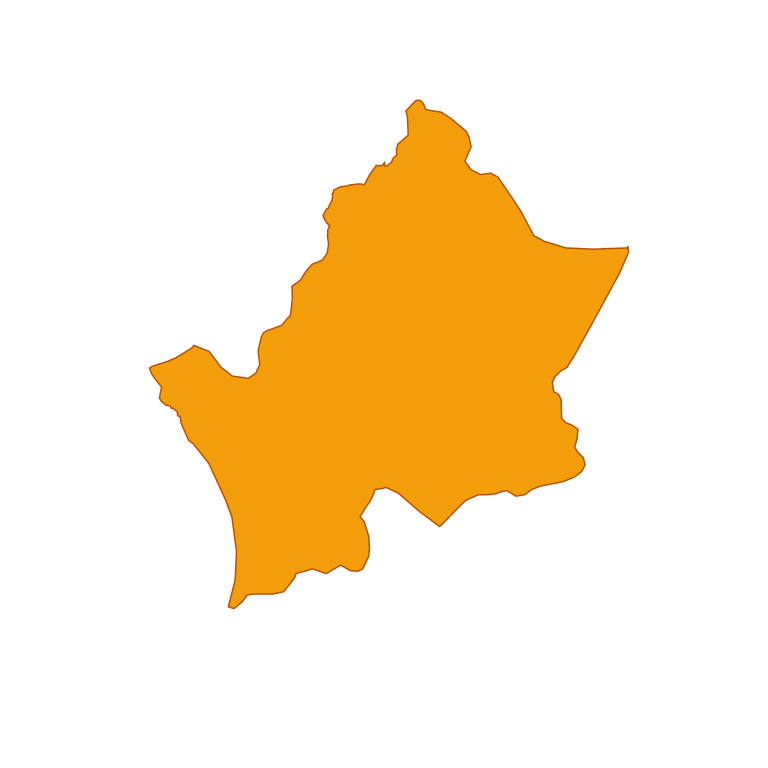 outline of Salala, Bong, Liberia, rotated 117°
{"feature_id": "62588387B82841165757499", "entity_name": "Salala", "entity_type": "district", "adm_level": 2, "iso_a3": "LBR", "parent_name": "Liberia", "parent_adm1": "Bong", "projection": "orthographic", "projection_center": [-9.988, 6.775], "detail": "fine", "context": "isolated", "style": "filled", "palette": "amber", "viewbox_px": 768, "rotation_deg": 117, "n_neighbors": 0, "source": "geoboundaries", "source_scale": "gbopen_adm2", "svg_char_len": 4383}
<svg xmlns="http://www.w3.org/2000/svg" viewBox="0 0 768 768"><g transform="rotate(117 384 384)"><path d="M653.2,421.5L652.2,415.7L649.0,414.3L642.3,411.4L634.2,410.1L630.7,405.4L627.3,398.9L626.4,397.2L623.9,392.2L621.7,387.8L614.8,379.2L605.0,377.0L597.7,375.7L592.6,376.2L587.4,370.2L582.3,365.0L581.4,364.1L580.6,360.3L579.4,350.7L579.3,349.5L565.1,340.5L565.2,338.5L565.5,328.8L562.5,322.0L558.2,319.0L544.5,319.4L543.5,319.8L536.8,322.4L526.6,328.5L522.3,332.7L515.5,339.3L513.3,344.9L504.3,344.5L501.4,344.1L495.4,343.2L488.1,343.2L485.4,343.6L482.1,344.1L480.3,341.5L478.2,338.5L475.2,335.1L475.0,329.5L475.0,329.2L474.8,321.7L476.9,313.2L478.9,304.9L481.6,294.1L485.8,269.6L467.1,263.8L464.8,263.1L455.3,260.0L450.7,258.4L440.0,249.8L435.5,241.3L435.4,241.0L435.2,240.8L430.9,234.3L429.1,232.7L428.6,232.3L427.1,230.9L423.2,226.2L423.8,218.6L423.8,218.3L424.0,215.4L418.5,208.1L411.2,204.7L403.9,198.2L389.7,180.1L381.8,173.3L380.3,172.0L372.2,168.1L368.6,168.1L365.3,168.1L365.0,167.9L359.3,172.9L356.8,180.2L353.8,185.4L351.6,185.8L345.2,187.1L338.1,189.9L336.3,190.6L335.4,197.9L335.9,204.4L334.2,210.0L327.0,213.9L317.5,219.1L315.2,222.2L314.1,223.8L314.0,225.1L313.7,229.4L311.6,230.9L306.4,234.6L300.7,235.0L300.0,235.0L292.3,232.5L286.9,229.0L286.3,228.6L273.4,227.3L246.4,226.4L246.1,226.4L238.3,226.1L195.5,224.9L177.5,224.5L172.4,224.8L155.7,225.9L150.5,229.3L152.3,228.9L164.2,250.5L165.7,253.0L168.9,258.8L180.2,283.7L184.1,305.8L183.9,312.2L183.8,317.9L172.7,333.7L167.9,340.5L161.9,351.1L161.5,351.9L160.0,354.3L158.7,356.7L147.9,376.5L147.7,384.6L153.6,393.2L153.6,398.6L153.6,403.5L148.8,413.1L133.0,414.1L131.2,415.6L125.3,420.3L125.1,420.6L121.6,425.4L120.5,429.9L120.0,432.1L117.6,442.7L117.1,444.7L117.0,445.1L116.9,445.6L116.9,446.2L116.4,450.1L116.4,452.6L116.0,454.4L115.8,456.3L116.6,458.9L118.0,463.1L118.5,464.4L120.5,471.3L116.2,476.4L115.7,477.8L115.5,478.6L114.8,480.4L116.3,483.3L116.7,484.2L124.1,486.5L131.0,488.4L134.0,485.4L137.5,483.2L139.3,482.2L151.2,475.4L152.3,475.8L158.9,478.4L162.1,479.7L164.0,480.5L166.6,479.8L167.1,479.8L168.7,479.8L172.4,477.7L174.0,476.5L178.8,478.4L180.7,478.3L182.2,477.9L183.5,478.2L188.6,480.6L189.5,482.3L186.5,484.0L190.7,485.0L192.8,490.2L193.4,490.2L205.0,491.9L205.6,491.9L206.9,491.9L207.4,491.9L209.7,491.9L213.5,491.9L215.5,492.0L215.7,493.0L216.1,495.0L218.3,499.2L218.8,499.9L219.4,500.5L220.5,502.3L222.6,505.4L223.2,505.8L224.2,506.4L224.9,507.6L225.7,509.1L225.8,509.2L228.5,512.7L233.8,516.7L234.8,516.5L235.5,516.4L236.5,516.3L236.5,516.2L237.2,516.3L237.6,516.3L238.2,516.4L238.3,516.4L238.1,515.8L239.0,515.5L242.9,514.1L243.8,513.8L245.2,513.8L248.8,513.8L250.1,513.8L250.6,513.7L253.1,513.5L254.0,514.6L257.1,514.7L261.6,514.8L263.1,513.1L265.3,510.3L266.3,507.4L266.7,507.5L267.0,506.7L267.0,505.7L267.4,504.6L268.5,504.6L269.8,504.2L272.6,504.0L275.3,502.5L277.5,501.8L281.3,499.1L281.7,498.8L282.3,498.5L284.9,496.7L287.1,496.0L292.0,494.5L293.5,494.0L300.9,495.1L301.6,495.2L310.1,502.5L319.1,504.7L326.0,505.3L329.2,505.6L330.8,506.3L338.6,510.3L339.1,510.1L349.4,504.5L349.8,504.3L364.5,498.8L365.3,499.0L366.2,498.7L370.1,500.0L378.2,501.8L383.9,507.1L386.1,509.1L390.7,513.4L391.8,513.6L393.2,514.7L397.6,514.6L398.1,514.6L410.9,511.4L411.7,511.1L413.7,509.8L422.5,503.9L423.2,503.7L424.0,503.3L426.4,503.5L431.3,503.2L432.3,503.2L433.3,503.6L435.0,504.5L436.2,505.1L437.6,505.9L439.4,506.9L440.6,507.6L440.9,508.5L441.1,509.1L441.8,511.2L442.6,513.4L443.3,515.5L444.7,519.4L445.8,522.6L443.0,537.1L439.9,543.3L439.7,543.7L438.0,547.2L436.3,550.6L436.2,550.9L435.0,553.4L434.7,554.0L434.4,554.6L435.9,570.9L438.6,571.4L439.0,571.6L443.2,574.0L452.0,579.4L454.5,580.9L455.1,581.3L455.8,581.7L455.9,581.8L456.6,582.3L457.1,582.8L458.5,584.0L459.8,585.2L462.9,587.9L464.5,589.5L465.0,590.0L467.2,592.2L468.7,593.8L468.8,593.8L473.6,598.7L475.9,599.8L476.4,600.1L476.5,599.9L479.9,596.3L480.6,595.5L486.5,583.6L488.0,580.6L496.7,578.3L498.4,577.8L498.5,577.8L500.6,574.1L501.9,568.5L501.8,568.4L501.6,567.7L500.6,564.7L502.3,562.2L501.4,561.4L502.5,555.9L502.6,555.1L503.8,554.5L504.0,554.8L505.8,553.4L506.0,551.3L505.4,550.9L510.7,547.2L511.1,546.8L519.2,537.1L522.9,532.5L523.9,526.8L528.8,515.9L534.2,504.1L551.7,482.0L559.1,472.7L564.0,467.4L571.7,459.0L591.6,445.3L600.0,439.5L602.6,438.3L626.3,427.6L653.2,421.5Z" fill="#f59e0b" stroke="#b45309" stroke-width="1.5"/></g></svg>